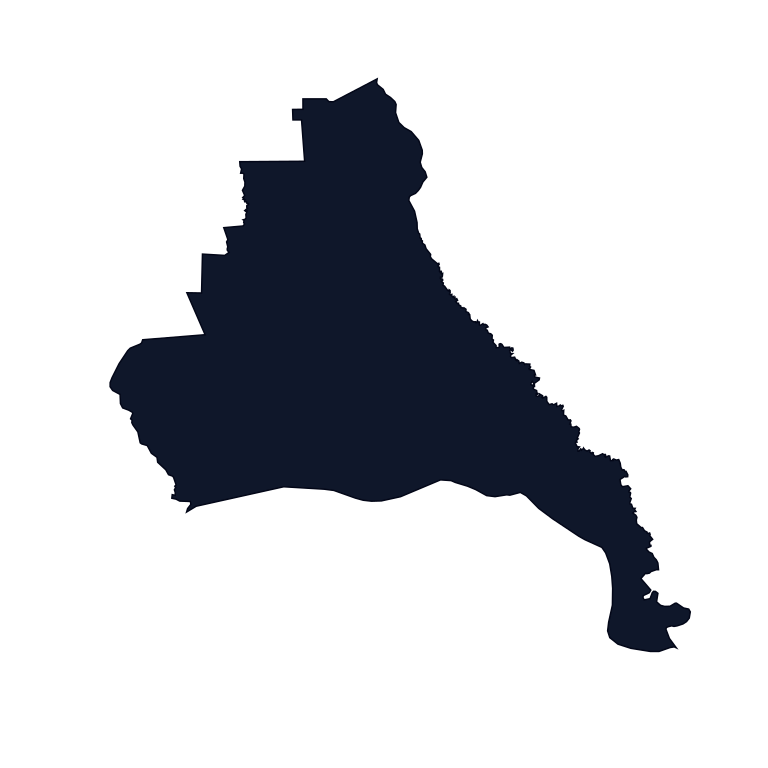 Empedrado, Corrientes, Argentina, rotated 262°
{"feature_id": "61730980B73839587139252", "entity_name": "Empedrado", "entity_type": "district", "adm_level": 2, "iso_a3": "ARG", "parent_name": "Argentina", "parent_adm1": "Corrientes", "projection": "albers", "projection_center": [-58.733, -27.913], "detail": "fine", "context": "isolated", "style": "filled", "palette": "ink", "viewbox_px": 768, "rotation_deg": 262, "n_neighbors": 0, "source": "geoboundaries", "source_scale": "gbopen_adm2", "svg_char_len": 6163}
<svg xmlns="http://www.w3.org/2000/svg" viewBox="0 0 768 768"><g transform="rotate(262 384 384)"><path d="M687.1,419.7L670.5,373.1L671.3,368.7L674.4,366.5L677.6,343.4L667.3,342.0L668.6,331.7L658.2,330.6L657.0,339.1L615.6,336.4L624.2,272.1L619.6,271.8L616.8,272.9L612.7,271.4L612.5,273.3L611.4,274.6L606.9,273.7L603.3,274.4L599.3,273.7L595.5,270.8L590.1,272.3L588.3,270.1L587.5,271.1L586.6,270.1L585.7,272.1L584.8,271.3L583.7,271.6L583.7,273.2L581.8,273.4L581.6,274.9L580.6,274.8L579.6,272.9L577.8,272.7L577.1,273.3L575.1,270.2L574.3,271.0L574.3,272.5L571.1,270.8L567.8,270.6L566.5,269.5L566.2,267.4L565.5,268.2L563.3,267.5L561.8,268.2L560.1,266.4L561.1,247.1L548.7,249.5L546.6,247.9L541.6,248.4L539.5,247.5L538.1,247.5L535.9,248.9L533.5,244.2L537.9,222.3L499.5,216.0L501.8,201.5L457.7,213.7L461.4,151.2L458.4,149.7L457.4,147.9L454.8,137.7L452.6,134.8L441.0,124.5L428.0,115.5L423.5,113.0L419.4,112.4L415.4,114.4L410.4,121.2L401.3,120.3L396.7,121.9L393.6,127.6L391.0,130.9L389.8,131.1L384.8,128.2L383.3,129.5L380.8,128.9L378.3,129.7L370.8,133.6L359.7,134.4L358.4,135.7L356.0,141.0L347.8,144.0L343.0,149.0L338.0,149.0L329.4,156.0L324.2,158.0L322.2,161.8L320.9,162.6L313.0,164.1L311.9,162.6L310.5,163.3L308.4,161.7L305.7,162.2L302.8,161.7L303.9,158.9L300.4,158.0L298.9,162.1L296.5,165.4L294.6,175.9L291.7,176.0L288.0,172.2L284.7,170.7L289.1,181.0L296.2,270.4L288.2,310.0L285.6,319.5L275.0,339.8L271.8,347.2L269.7,355.3L268.6,365.1L270.1,384.7L281.2,426.6L279.0,437.0L276.6,440.9L271.2,452.5L266.7,460.1L259.2,470.1L257.0,478.3L257.2,490.0L256.4,493.2L257.7,503.9L253.4,509.5L239.3,519.9L227.0,532.3L206.0,555.9L201.8,561.4L191.9,577.0L185.9,580.0L174.5,582.5L161.6,582.8L149.9,582.0L133.2,579.4L116.8,573.3L108.4,571.1L101.4,572.3L93.8,579.5L87.9,591.7L82.1,610.5L80.9,619.2L83.2,630.5L83.3,634.8L82.1,636.7L92.3,631.2L102.1,629.0L103.6,629.9L104.1,631.7L104.5,635.2L103.6,637.4L103.7,640.5L104.8,646.7L106.6,650.5L109.7,653.7L115.7,655.6L118.7,654.4L120.5,649.5L126.3,643.1L126.4,641.8L124.1,636.3L124.7,631.0L126.3,627.1L130.4,623.6L138.6,626.1L140.8,624.0L141.2,622.1L140.1,620.7L134.4,617.6L134.0,611.6L136.5,610.7L138.4,611.3L140.4,617.6L142.8,619.5L155.6,611.3L160.2,616.7L159.6,617.8L159.8,620.5L161.1,622.3L162.2,627.8L161.9,630.0L168.6,630.3L171.9,629.2L174.9,627.1L178.8,626.0L180.8,623.0L183.7,621.0L184.8,620.9L186.1,625.7L187.1,625.9L187.6,624.7L190.8,625.0L192.8,628.4L196.9,626.0L197.9,626.6L199.5,626.3L199.2,624.8L199.8,623.8L200.7,623.9L202.5,621.5L205.9,620.0L206.1,618.6L210.5,614.8L214.2,614.9L216.8,615.9L219.0,615.1L221.6,612.4L222.6,613.7L222.7,615.7L224.9,614.6L225.9,615.4L226.3,613.1L230.5,612.3L230.8,611.1L232.1,610.8L236.2,612.9L237.8,611.6L241.5,613.0L242.3,612.9L242.8,611.7L244.0,611.7L245.9,613.7L249.3,611.4L249.1,605.8L251.3,604.5L256.6,604.4L259.0,609.6L258.4,610.3L258.3,612.4L260.1,612.8L263.8,611.5L263.7,610.4L265.4,610.0L265.8,609.0L265.5,608.0L268.6,606.9L272.7,606.9L276.5,605.9L276.3,603.5L277.8,601.0L277.4,600.0L276.3,600.3L276.6,597.6L281.3,597.4L281.6,596.2L280.5,593.2L281.6,592.5L282.3,593.6L283.4,593.4L283.5,591.8L284.5,590.8L283.1,586.4L283.0,582.9L285.3,581.3L286.7,581.7L287.3,580.6L286.4,579.7L288.1,578.2L289.2,578.8L290.1,577.9L289.3,575.7L290.6,573.9L292.7,572.7L291.8,572.4L291.9,571.3L291.0,570.4L292.3,569.7L290.3,567.8L290.4,566.8L292.8,567.0L294.5,568.7L295.0,566.6L298.8,565.3L299.7,565.5L299.6,567.0L301.2,566.6L302.7,568.6L303.5,567.8L308.3,570.7L309.5,570.2L312.0,571.3L312.9,571.0L315.3,568.7L314.8,565.9L315.5,563.3L318.3,563.4L318.5,562.4L321.5,564.0L322.6,563.5L322.5,562.0L323.2,561.1L327.0,559.6L328.3,557.4L332.9,558.3L332.5,557.3L333.0,556.4L334.2,556.5L337.0,558.4L338.0,558.1L337.7,556.5L338.7,555.6L337.9,554.6L337.7,552.0L340.9,552.2L340.0,549.7L340.0,548.5L341.0,547.7L340.6,544.7L344.2,542.8L348.2,543.3L349.2,542.6L347.8,539.1L348.8,538.2L349.5,539.4L350.3,539.4L352.6,536.5L350.5,535.7L350.4,534.2L351.1,533.0L353.1,533.4L352.5,534.4L353.3,535.0L353.9,534.2L356.3,534.2L357.9,531.6L359.1,531.1L360.4,531.7L360.5,532.7L363.1,532.9L362.8,531.8L361.7,531.2L363.0,529.4L364.3,529.7L366.1,531.1L364.1,532.2L363.9,533.3L366.5,538.2L368.3,538.8L369.9,534.3L372.0,534.2L371.9,535.3L376.6,534.4L378.2,529.9L379.1,529.7L379.3,530.7L380.4,531.5L381.2,530.6L383.4,531.2L384.2,526.9L383.7,526.0L385.5,525.4L386.4,523.4L385.5,520.8L388.0,520.7L389.5,519.1L388.6,518.7L389.3,517.9L392.4,517.1L392.4,513.8L393.6,513.1L395.0,513.5L396.2,515.5L396.6,513.5L399.7,513.1L400.4,514.2L398.6,515.8L399.5,516.6L401.6,516.6L402.0,515.6L401.5,514.4L401.9,513.5L403.0,513.5L403.5,507.8L406.8,506.3L407.7,505.2L407.6,503.8L406.6,503.3L405.7,504.0L404.2,502.6L404.3,500.1L406.5,500.3L410.1,497.7L412.3,498.5L413.6,497.2L417.2,498.0L418.9,496.7L419.8,494.4L422.9,493.7L423.6,492.4L425.5,492.6L426.1,495.0L428.1,493.9L429.1,492.3L428.8,490.9L430.0,490.4L428.7,487.6L429.1,486.7L432.1,487.1L432.2,486.0L433.7,485.4L431.8,484.6L432.0,483.4L432.9,483.4L433.1,481.4L434.5,479.6L436.5,478.4L440.7,478.5L441.0,477.4L441.9,478.0L443.0,477.4L444.3,475.1L446.6,475.6L448.4,473.7L447.7,472.8L448.7,472.1L448.8,470.8L450.5,470.9L452.2,468.9L453.6,469.0L453.7,467.7L455.7,466.5L456.6,468.5L458.4,467.9L457.9,466.8L458.6,466.1L460.0,466.4L459.8,465.4L461.1,465.4L460.5,464.2L461.3,463.5L463.3,463.6L462.9,462.2L463.9,461.3L465.0,462.2L467.4,462.4L468.2,461.6L467.1,461.2L467.7,460.1L472.6,457.5L473.4,456.1L475.8,456.8L477.5,455.1L478.4,456.5L479.5,456.6L480.1,455.8L479.8,454.9L480.7,454.5L482.0,454.8L481.7,456.2L482.6,456.8L485.1,457.4L484.7,456.5L486.3,455.4L486.4,456.5L487.7,456.3L487.9,454.7L491.9,455.2L492.6,454.0L493.7,454.0L494.6,455.2L495.9,455.1L495.7,453.6L501.3,448.6L503.5,447.6L505.9,448.2L512.1,444.5L516.0,443.8L518.1,441.6L520.4,441.9L520.7,441.0L523.0,441.1L523.7,440.1L527.6,440.2L528.5,439.3L533.1,438.5L539.3,439.2L550.9,438.3L562.3,434.1L565.5,435.0L566.8,436.4L568.4,441.7L570.8,444.8L573.6,447.5L578.6,450.6L582.8,455.2L588.4,454.3L593.2,451.5L598.6,450.7L606.6,454.0L610.2,454.4L620.4,452.3L630.1,446.1L635.1,439.6L640.9,435.1L651.1,433.2L659.1,434.9L662.2,434.0L666.7,430.4L670.8,425.8L675.8,424.2L681.3,419.1L683.5,418.6L687.1,419.7Z" fill="#0f172a" stroke="#020617" stroke-width="1.5"/></g></svg>